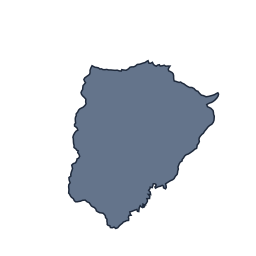 outline of Santa Terezinha, Santa Catarina, Brazil, rotated 226°
{"feature_id": "56859067B30252658658314", "entity_name": "Santa Terezinha", "entity_type": "district", "adm_level": 2, "iso_a3": "BRA", "parent_name": "Brazil", "parent_adm1": "Santa Catarina", "projection": "robinson", "projection_center": [-50.015, -26.671], "detail": "fine", "context": "isolated", "style": "filled", "palette": "slate", "viewbox_px": 256, "rotation_deg": 226, "n_neighbors": 0, "source": "geoboundaries", "source_scale": "gbopen_adm2", "svg_char_len": 3630}
<svg xmlns="http://www.w3.org/2000/svg" viewBox="0 0 256 256"><g transform="rotate(226 128 128)"><path d="M79.1,49.6L77.0,49.5L75.5,48.0L74.1,47.1L73.0,46.0L71.7,46.1L70.3,47.0L68.6,46.2L67.2,47.3L66.4,49.1L64.2,49.4L63.4,51.3L63.7,54.1L63.6,56.1L63.4,57.9L63.6,59.4L62.9,60.8L62.4,62.6L61.1,64.2L62.4,65.7L63.6,66.3L64.4,68.0L63.1,69.6L64.8,70.0L66.4,71.0L65.4,72.8L64.3,75.6L63.2,77.8L61.5,76.9L60.4,77.7L61.6,79.1L62.9,80.8L63.6,82.8L62.0,82.8L60.6,83.2L59.9,85.0L60.8,86.6L61.1,88.7L61.7,90.9L62.8,92.0L64.1,92.5L62.3,94.5L63.8,96.3L66.1,96.5L64.3,98.0L66.6,99.5L68.8,99.5L69.1,101.7L70.0,102.9L68.3,104.0L69.3,105.9L70.3,107.4L69.3,108.5L68.0,108.9L67.0,108.0L66.9,106.4L65.6,106.0L65.2,107.6L64.6,109.3L63.6,110.8L63.0,112.8L61.5,113.1L60.3,112.0L58.2,112.7L58.6,114.2L60.2,115.4L61.8,116.3L61.3,118.7L60.9,120.8L60.4,122.5L59.8,124.0L59.6,126.0L60.4,128.6L60.5,131.1L61.4,132.5L62.4,133.7L63.5,135.7L65.3,136.9L66.0,138.5L66.7,140.0L67.2,141.9L66.7,144.0L67.7,145.1L67.9,147.1L68.5,149.3L68.3,151.5L67.5,153.0L67.0,155.2L66.7,157.2L66.4,159.4L66.4,161.3L65.7,163.2L66.7,164.7L67.7,165.9L67.9,167.8L68.7,169.9L70.5,171.1L71.5,172.6L71.9,174.4L72.1,176.6L71.9,178.6L72.5,180.9L72.8,183.8L73.2,186.2L73.1,188.4L72.5,191.0L72.9,193.3L73.9,195.3L75.4,197.0L76.6,198.3L78.3,199.0L80.0,200.4L81.5,201.3L83.1,201.3L84.6,201.3L86.0,200.8L88.1,200.0L90.2,200.9L89.3,204.0L88.4,205.8L88.0,207.4L87.7,209.8L87.8,212.5L88.4,215.0L89.5,216.7L90.9,217.1L91.4,215.6L91.9,213.4L92.8,211.5L93.7,209.8L94.9,207.7L96.3,205.8L97.7,205.3L99.2,204.6L100.6,203.6L103.2,203.5L104.6,203.6L105.9,203.8L107.2,203.0L108.9,202.8L110.5,202.9L112.8,202.1L114.5,200.4L116.5,199.7L118.6,199.2L120.8,198.9L122.7,198.1L124.5,197.8L125.3,196.4L126.9,195.5L128.4,194.8L129.6,193.9L130.9,194.5L132.3,195.6L133.9,197.1L135.5,198.1L137.3,198.2L139.0,197.7L140.9,197.0L142.3,197.8L142.9,199.1L143.4,201.2L144.8,199.8L146.3,198.0L148.0,197.7L149.0,195.8L150.2,194.2L151.8,194.5L152.7,192.9L152.8,191.3L154.5,190.6L156.2,190.5L158.3,191.2L158.8,189.2L160.1,188.1L162.5,189.2L163.0,187.5L163.2,185.9L164.5,183.4L165.7,180.8L167.3,178.8L167.4,176.3L168.1,174.5L169.4,173.1L170.3,171.7L170.2,169.4L170.8,166.8L172.8,165.1L174.3,164.1L173.7,162.7L175.0,161.5L177.1,160.4L178.5,158.7L180.0,157.4L181.7,156.0L183.2,154.4L184.9,153.4L186.1,151.8L187.5,150.5L188.9,150.1L190.0,148.8L191.8,148.5L193.2,147.6L194.7,146.4L196.3,145.9L197.8,145.4L196.9,142.8L195.9,140.8L194.3,139.3L193.4,137.9L193.4,136.2L193.7,134.5L194.1,131.8L193.6,130.0L192.0,129.3L190.1,128.9L189.9,127.3L189.7,125.1L188.5,123.6L187.2,122.1L186.8,120.4L186.1,118.8L184.6,118.0L182.8,117.7L180.3,117.8L178.0,117.7L176.1,115.6L174.6,114.7L174.1,112.7L174.1,110.3L174.6,108.7L175.2,106.8L175.2,105.0L174.4,102.8L174.2,100.6L172.7,99.2L172.3,97.8L171.2,96.4L169.5,94.9L167.9,93.7L167.8,92.1L166.5,90.9L165.2,91.2L163.1,91.3L161.3,90.4L161.8,88.5L161.5,86.3L160.7,83.8L159.6,81.9L158.3,81.2L157.0,80.1L155.8,79.0L154.5,78.0L153.0,77.2L151.5,75.6L149.2,76.0L147.7,75.7L146.2,76.3L145.2,74.7L143.3,74.5L141.2,73.6L140.6,71.4L141.2,70.0L140.1,68.3L139.4,66.1L140.4,63.8L140.4,61.7L138.6,60.7L137.4,60.0L136.5,58.4L135.6,56.5L134.4,54.6L133.1,53.5L133.4,51.1L131.4,49.5L128.8,48.3L128.3,46.0L126.9,44.4L124.9,42.9L123.6,41.5L122.4,40.1L120.8,40.0L119.5,39.5L117.6,39.2L115.1,39.6L113.1,38.9L111.4,39.0L110.2,40.2L109.3,41.6L108.4,42.9L107.6,45.0L105.9,47.1L103.4,47.3L101.1,48.2L99.0,47.8L97.4,47.5L96.1,47.8L94.1,48.6L91.9,48.5L90.4,47.7L88.9,48.0L86.7,48.8L85.1,50.1L83.9,50.9L82.3,50.9L80.8,50.8L79.1,49.6ZM60.8,86.6L61.7,84.7L62.8,85.9L60.8,86.6Z" fill="#64748b" stroke="#1e293b" stroke-width="1.5"/></g></svg>